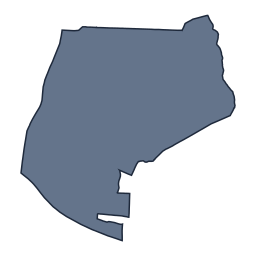 the district of Smardan, Tulcea, Romania
{"feature_id": "2599482B36472958549057", "entity_name": "Smardan", "entity_type": "district", "adm_level": 2, "iso_a3": "ROU", "parent_name": "Romania", "parent_adm1": "Tulcea", "projection": "mercator", "projection_center": [28.085, 45.31], "detail": "fine", "context": "isolated", "style": "filled", "palette": "slate", "viewbox_px": 256, "rotation_deg": 0, "n_neighbors": 0, "source": "geoboundaries", "source_scale": "gbopen_adm2", "svg_char_len": 5109}
<svg xmlns="http://www.w3.org/2000/svg" viewBox="0 0 256 256"><path d="M122.2,240.6L122.2,236.5L122.1,233.0L122.1,230.7L122.1,229.7L122.2,229.2L122.2,228.3L122.5,224.1L121.9,224.3L121.7,224.3L121.4,224.3L121.0,224.3L120.5,224.3L120.1,224.2L119.8,224.2L119.6,224.2L119.3,224.0L119.1,224.0L118.9,223.9L118.5,223.8L118.2,223.8L118.0,223.7L117.8,223.6L116.5,223.2L114.7,222.6L112.6,222.2L111.4,222.0L111.1,221.9L110.4,221.8L109.7,221.7L109.0,221.6L108.9,221.6L108.6,221.6L107.7,221.9L107.4,222.1L107.1,222.1L106.9,222.1L106.6,222.1L106.3,221.9L104.9,221.5L102.8,220.9L102.2,220.6L98.6,219.3L97.2,218.8L97.5,214.2L98.0,213.7L100.2,214.0L102.2,214.1L106.1,214.5L109.1,214.8L111.8,215.0L115.3,215.4L116.0,215.4L119.8,215.7L122.0,215.9L123.8,216.3L125.7,216.6L126.5,216.7L128.0,217.1L128.8,217.2L129.1,213.2L129.2,208.8L129.4,203.8L129.5,199.9L129.7,193.5L128.0,193.4L124.3,193.3L123.1,193.2L121.9,193.2L118.9,193.1L117.8,193.0L117.4,192.9L117.3,192.6L117.5,192.2L117.8,191.8L118.0,191.1L118.5,189.5L118.9,188.3L119.0,187.8L118.9,187.1L118.6,185.4L118.5,184.2L118.5,183.2L118.8,181.3L118.9,180.8L119.6,178.9L119.8,178.2L120.0,177.5L120.3,176.6L120.4,176.1L120.4,175.8L120.4,175.3L120.5,174.8L120.4,174.6L120.4,174.3L120.3,173.4L120.1,172.7L119.8,171.0L119.7,170.5L119.5,170.2L128.2,174.0L131.5,175.3L132.8,172.5L134.1,169.7L134.7,168.2L135.3,166.9L136.2,165.0L136.5,164.3L138.4,161.5L139.0,161.6L139.9,161.2L140.2,161.1L140.9,161.1L142.4,160.9L143.1,160.8L143.7,161.0L144.0,161.3L144.3,161.6L144.8,161.9L145.6,162.1L146.0,162.1L146.4,162.1L147.1,162.0L147.7,161.7L148.4,161.3L149.0,161.4L149.6,161.2L150.1,161.3L151.4,161.3L151.7,161.3L152.1,161.2L152.7,161.2L153.2,161.0L153.9,160.3L153.9,160.1L154.0,159.7L154.3,159.6L154.8,159.4L154.9,159.1L154.9,158.9L155.2,158.6L157.0,156.8L159.1,154.8L161.0,152.9L161.7,152.2L162.5,151.4L163.0,151.0L163.8,150.5L166.0,149.1L166.9,148.7L167.3,148.6L168.2,148.1L172.0,146.2L172.9,145.7L174.1,144.9L175.5,144.1L176.7,143.4L177.5,143.0L178.9,142.2L180.1,141.5L181.1,141.0L183.7,139.6L185.8,138.4L188.5,136.9L206.9,126.3L211.2,123.8L218.0,120.9L230.3,115.5L230.4,115.1L231.6,112.9L232.1,112.1L232.4,111.5L233.0,110.4L233.7,108.9L233.7,108.2L234.3,108.0L234.5,107.8L234.6,107.7L234.8,106.2L235.0,105.8L234.8,104.7L234.7,104.0L234.5,103.4L234.4,101.9L234.6,99.9L234.2,96.9L234.0,96.0L233.8,95.5L233.2,93.8L233.2,93.6L232.7,91.7L232.3,91.3L231.4,90.4L231.0,90.1L230.5,89.4L230.0,88.8L229.5,88.1L229.0,87.5L228.4,86.9L228.0,86.3L227.5,85.6L226.9,84.6L226.4,84.1L226.0,83.7L225.7,83.1L225.2,82.3L224.9,81.8L224.6,81.4L224.2,80.9L223.2,79.7L223.0,79.3L222.8,78.0L222.7,77.5L222.6,76.9L222.4,75.8L222.4,75.3L222.5,74.8L222.8,74.2L223.0,73.0L223.4,71.5L223.6,70.6L223.4,69.3L223.1,68.6L222.9,68.1L222.7,67.1L222.5,66.0L222.4,65.5L222.5,64.7L222.3,63.4L222.3,62.6L222.2,62.0L222.1,61.0L222.0,60.4L222.1,59.8L222.4,59.4L222.6,58.4L222.6,57.7L222.4,57.0L222.3,56.6L222.0,55.9L221.6,54.8L221.5,54.1L221.4,52.8L221.3,52.3L220.9,51.2L220.6,50.1L220.4,49.6L219.9,48.3L219.2,47.3L218.6,46.6L218.3,46.2L217.9,45.7L217.6,45.4L217.0,44.8L216.8,44.4L216.7,44.0L216.7,43.7L216.8,43.2L216.8,42.9L216.9,42.5L217.2,41.6L217.3,40.9L217.5,40.3L217.7,39.7L217.9,38.8L218.1,37.7L218.1,37.2L218.1,36.3L218.2,35.7L218.2,35.2L218.3,34.9L218.4,34.6L218.3,34.1L218.1,33.6L217.7,33.0L217.6,32.4L217.2,31.9L216.4,31.3L215.3,30.4L214.4,30.0L213.7,29.7L212.9,29.2L212.7,28.8L212.7,28.4L212.8,28.1L213.1,26.9L213.1,26.4L213.1,26.0L212.9,24.9L212.7,24.3L212.4,24.0L212.1,23.5L211.8,23.1L210.7,21.4L210.0,20.2L209.6,19.6L208.1,16.1L207.8,15.5L207.7,15.5L207.5,15.4L206.9,15.5L202.6,16.6L197.5,18.0L192.9,19.2L192.5,19.4L192.0,19.7L191.6,20.0L187.6,22.1L185.3,23.4L185.1,23.6L185.0,23.8L183.8,26.8L182.8,29.0L182.1,30.0L182.1,30.4L181.6,30.3L181.0,30.3L178.0,30.3L171.9,30.1L167.1,29.9L164.5,29.8L162.2,29.7L159.0,29.5L154.9,29.5L151.6,29.3L139.7,28.9L137.3,28.8L136.7,28.8L136.4,28.8L134.4,28.7L133.5,28.7L128.1,28.5L126.4,28.5L125.6,28.4L124.1,28.4L123.0,28.3L120.2,28.3L118.9,28.2L115.0,28.1L114.5,28.1L114.4,28.1L111.5,28.0L109.9,28.0L107.4,27.9L104.8,27.8L103.4,27.7L102.8,27.7L100.3,27.6L97.8,27.6L96.8,27.5L96.3,27.5L96.3,27.3L95.9,27.4L93.1,27.3L91.8,27.2L86.8,27.1L86.5,27.0L85.9,26.8L85.6,26.8L84.8,26.8L82.6,26.8L81.4,27.8L79.6,29.5L78.6,30.3L78.2,30.4L74.7,30.7L73.5,30.7L62.1,30.1L61.9,31.9L61.6,33.7L61.3,35.8L60.4,40.1L60.1,41.9L59.7,43.8L54.0,57.9L52.7,61.3L49.9,67.3L47.3,74.0L46.9,74.8L45.2,79.2L44.9,79.9L44.6,81.3L44.3,82.8L43.2,86.8L42.5,94.3L42.3,97.0L42.0,100.4L40.9,104.2L39.8,106.8L38.7,108.7L36.0,113.1L34.6,115.5L33.7,117.1L32.5,119.2L31.1,121.9L30.2,123.7L29.6,125.3L29.3,126.1L28.9,126.7L27.0,130.9L25.9,137.8L25.4,140.8L24.8,144.3L24.0,149.5L22.7,159.3L22.5,160.4L21.0,173.0L22.2,174.0L25.8,176.9L28.2,178.8L32.0,182.4L33.8,184.3L34.6,185.3L37.2,188.4L40.3,192.5L44.5,197.8L44.7,198.0L48.9,202.3L49.6,203.1L50.3,203.8L52.5,206.1L52.7,206.3L53.2,206.8L55.0,208.2L59.0,211.4L59.7,212.0L62.9,214.1L66.5,216.5L70.0,218.4L80.8,224.3L82.5,225.1L91.7,229.4L92.2,229.6L105.1,234.7L107.8,235.8L111.0,236.8L117.2,238.9L121.4,240.4L122.2,240.6Z" fill="#64748b" stroke="#1e293b" stroke-width="1.5"/></svg>